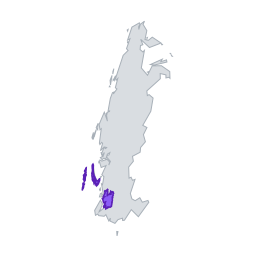 Arkhangel'sk highlighted on a map of Russia, rotated 281°
{"feature_id": "RUS-2354", "entity_name": "Arkhangel'sk", "entity_type": "Region", "adm_level": 1, "iso_a3": "RUS", "parent_name": "Russia", "parent_adm1": "", "projection": "natural_earth1", "projection_center": [52.194, 71.252], "detail": "fine", "context": "in_parent", "style": "filled", "palette": "violet", "viewbox_px": 256, "rotation_deg": 281, "n_neighbors": 0, "source": "natural_earth", "source_scale": "10m", "svg_char_len": 8799}
<svg xmlns="http://www.w3.org/2000/svg" viewBox="0 0 256 256"><g transform="rotate(281 128 128)"><path d="M191.4,158.2L184.8,159.7L185.6,158.5L184.4,155.7L187.4,155.1L187.6,149.2L182.5,150.3L168.0,139.4L163.5,140.8L164.8,142.3L162.2,146.9L148.8,147.2L133.4,142.0L132.1,146.5L124.4,144.4L117.8,147.7L111.3,144.1L106.5,144.5L101.1,137.8L96.4,139.6L89.8,136.1L79.0,138.6L80.3,140.4L77.5,142.4L78.9,144.7L64.2,142.8L59.2,145.3L58.0,148.9L61.8,152.9L57.9,156.2L60.7,161.4L59.0,162.6L42.9,155.1L48.5,146.8L36.8,142.1L36.2,140.4L38.4,139.7L36.2,135.7L31.9,133.4L33.2,128.2L36.2,127.9L33.1,126.9L38.7,122.8L36.8,121.4L36.4,116.0L37.8,114.8L36.1,112.7L40.8,111.0L51.8,114.7L48.6,117.4L43.3,116.6L41.4,115.7L40.1,115.6L46.7,121.2L46.2,118.9L49.8,119.9L53.3,116.7L55.7,117.5L54.9,113.1L58.2,113.4L59.1,114.5L56.8,115.2L58.8,116.2L68.2,112.6L67.5,113.8L75.7,113.6L77.1,111.2L86.9,113.6L84.1,109.2L89.7,106.3L91.3,106.6L90.5,108.6L93.3,113.4L91.1,116.4L87.9,116.2L91.9,117.1L95.2,112.8L96.9,112.6L98.1,114.6L100.4,114.9L98.4,112.7L93.4,112.2L93.8,110.0L92.0,108.6L93.7,106.5L95.3,108.9L98.6,109.4L99.5,109.4L95.5,107.9L98.4,107.1L104.3,108.2L103.5,110.0L104.8,110.8L104.8,108.2L100.5,105.3L108.1,106.0L108.9,104.9L106.4,103.6L107.6,102.8L122.2,101.9L120.9,100.8L126.1,99.0L139.0,101.7L130.8,106.5L136.1,104.6L139.5,104.7L140.5,106.4L140.8,106.7L141.3,106.7L141.0,105.2L153.6,105.0L159.7,106.0L160.8,107.6L158.6,107.1L164.2,109.7L165.1,107.9L174.6,108.5L172.7,107.2L174.1,106.3L198.4,109.4L204.1,113.3L205.6,111.4L216.0,112.9L214.2,110.8L227.8,112.6L233.4,119.1L232.1,119.9L229.3,119.1L226.8,119.8L232.1,120.3L236.0,123.8L232.6,123.0L227.2,127.9L218.1,127.8L217.9,131.2L221.8,134.5L217.7,144.2L211.1,133.7L217.5,123.5L212.6,126.7L211.3,124.5L207.3,124.9L205.5,128.1L207.3,129.3L189.5,129.6L183.5,137.1L193.6,139.9L195.5,148.9L191.4,158.2ZM85.8,100.5L71.6,105.7L68.1,105.0L74.1,101.8L85.8,100.5ZM194.6,137.9L202.1,148.5L199.3,147.5L202.2,152.8L200.2,153.6L194.8,141.8L194.6,137.9ZM65.2,108.1L71.3,105.8L70.0,107.8L72.9,109.8L65.2,108.1ZM166.9,102.6L171.4,101.3L176.6,102.3L166.9,102.6ZM114.3,95.7L120.6,97.2L112.5,96.5L114.3,95.7ZM111.9,94.4L117.1,94.9L110.2,95.3L111.9,94.4ZM122.2,96.7L127.0,97.8L120.5,98.6L122.2,96.7ZM178.0,102.8L180.4,102.4L183.6,102.8L178.0,102.8ZM20.0,137.8L24.3,136.7L24.4,137.9L20.0,137.8ZM62.7,95.1L65.6,94.9L59.9,95.4L62.7,95.1ZM173.4,104.8L177.0,105.8L172.2,105.5L173.4,104.8ZM63.7,112.3L62.0,113.0L61.2,112.5L62.1,111.7L63.7,112.3ZM68.3,94.7L70.9,94.5L72.3,94.8L68.3,94.7ZM77.3,94.7L76.1,95.3L74.1,95.0L74.5,94.7L77.3,94.7ZM79.9,94.8L77.7,94.7L80.9,94.6L79.9,94.8ZM74.7,110.2L75.6,111.4L74.0,110.5L74.7,110.2ZM113.1,95.9L111.3,96.2L109.9,95.8L113.1,95.9ZM69.8,94.1L73.2,93.9L72.0,94.3L69.8,94.1ZM224.8,109.3L223.0,109.2L224.0,108.5L224.8,109.3ZM60.2,94.8L62.3,95.0L58.0,95.0L60.2,94.8ZM89.8,105.9L87.7,106.0L89.8,105.8L89.8,105.9ZM137.9,103.8L139.1,104.5L137.4,104.1L137.9,103.8ZM213.2,111.2L212.1,111.5L211.2,111.2L213.2,111.2ZM73.1,95.4L71.6,95.2L74.1,95.4L73.1,95.4ZM72.7,94.3L73.7,94.7L71.7,94.5L72.7,94.3ZM209.4,154.7L209.3,155.4L208.5,156.5L209.4,154.7ZM70.5,95.4L71.6,95.7L70.1,95.7L70.5,95.4ZM98.2,107.0L96.8,107.3L96.4,107.2L98.2,107.0ZM220.6,129.8L219.3,129.6L220.2,129.2L220.6,129.8ZM172.8,104.2L172.5,104.7L171.9,104.3L172.8,104.2ZM186.6,136.4L187.2,137.4L186.4,137.1L186.6,136.4ZM217.0,144.5L216.6,145.9L216.1,145.5L217.0,144.5ZM68.0,95.5L66.7,95.6L66.2,95.5L68.0,95.5ZM99.0,106.0L98.7,106.5L98.4,106.4L99.0,106.0ZM165.7,102.1L165.0,102.5L164.9,101.8L165.7,102.1ZM206.8,157.5L208.0,156.4L206.8,157.8L206.8,157.5Z" fill="#d9dde1" stroke="#a8b0b8" stroke-width="1"/><path d="M45.5,121.0L46.7,121.3L47.6,120.9L47.3,120.5L47.4,120.3L46.5,120.3L45.7,119.7L45.5,119.4L46.0,119.3L46.1,119.0L48.1,119.5L47.6,119.6L47.6,119.8L48.1,119.5L49.6,120.0L50.1,119.9L49.9,119.9L50.0,119.8L50.4,120.0L50.8,120.0L50.7,119.7L50.9,119.6L49.9,118.6L50.0,118.3L51.3,117.6L52.5,117.2L53.3,116.6L53.8,116.8L53.7,116.9L54.7,116.8L55.2,117.1L54.6,117.4L54.7,117.5L54.9,117.6L54.7,117.4L55.3,117.2L55.8,117.8L55.7,117.2L56.0,116.8L59.6,117.8L60.4,117.8L60.9,117.3L62.0,117.3L62.0,118.8L62.8,118.7L63.4,119.4L63.9,119.6L63.7,120.0L62.8,119.9L61.2,120.5L60.8,120.3L58.8,120.4L57.2,120.6L59.1,121.3L59.3,121.7L59.2,122.0L60.0,122.4L59.4,122.9L59.8,124.0L60.9,123.8L61.1,123.1L62.7,123.0L61.9,124.9L62.5,125.1L62.3,125.8L61.2,126.0L61.1,126.3L59.9,126.0L59.4,126.0L59.1,126.3L58.5,126.0L57.6,126.1L57.5,125.8L57.0,125.7L56.7,126.3L55.2,126.0L54.4,126.5L52.9,126.5L52.3,126.2L51.6,126.3L51.5,126.7L50.7,126.5L49.6,126.7L49.2,126.5L48.5,126.7L48.2,126.4L47.8,126.6L46.8,125.6L46.8,125.0L47.0,124.4L46.8,124.0L46.4,124.0L46.6,123.6L46.6,123.2L45.3,122.9L45.0,122.6L45.2,122.3L44.5,121.6L45.4,121.5L45.5,121.0ZM71.9,103.5L70.5,103.4L71.5,103.1L70.4,102.9L70.8,102.7L71.3,102.9L71.9,102.5L72.8,102.6L72.5,102.3L74.1,101.8L75.8,101.5L75.4,101.5L75.7,101.4L76.4,101.4L75.9,101.5L76.2,101.5L76.7,101.4L76.4,101.3L76.6,101.1L78.3,101.3L80.2,101.1L81.8,100.7L82.4,100.8L82.0,100.5L84.1,100.0L85.2,100.1L85.9,100.5L85.0,101.1L79.6,102.0L77.5,102.5L77.2,102.7L76.3,103.0L75.4,103.1L76.3,103.2L75.7,103.3L75.9,103.4L74.9,103.4L75.4,103.6L75.2,103.7L74.4,103.5L74.7,103.6L74.4,103.6L74.6,103.7L74.5,103.9L73.3,103.7L73.9,103.9L74.0,104.2L73.5,104.3L73.8,104.4L73.4,104.4L73.3,104.6L72.6,104.3L72.3,104.5L73.1,104.7L72.9,104.8L73.1,104.9L72.9,105.0L72.4,104.8L71.4,104.8L72.4,104.9L72.7,105.1L72.4,105.3L71.7,105.1L72.3,105.4L71.7,105.6L71.7,105.8L70.9,105.7L70.7,105.5L69.4,105.5L68.7,105.6L68.4,105.6L69.0,105.2L70.0,105.0L68.7,105.2L67.9,105.0L69.3,104.6L69.1,104.6L69.6,104.3L70.6,104.4L69.6,104.2L70.4,104.1L69.8,104.0L70.0,103.9L71.1,103.8L70.3,103.8L70.2,103.6L71.9,103.5ZM65.2,108.0L65.5,107.6L66.4,107.6L66.5,107.5L66.4,107.3L67.0,107.2L66.8,107.0L67.3,106.8L66.9,106.7L67.4,106.7L66.4,106.6L67.6,106.3L67.3,106.2L67.6,106.1L67.3,106.0L67.5,105.8L68.6,105.7L69.5,105.5L71.3,105.8L71.5,106.0L70.6,106.1L71.4,106.1L70.3,106.2L71.1,106.2L71.1,106.4L70.2,106.5L70.8,106.7L70.3,106.6L70.5,106.7L70.4,106.9L69.9,106.8L70.3,107.0L69.7,107.0L70.2,107.0L70.1,107.3L70.3,107.4L69.9,107.8L70.2,107.9L71.0,108.9L72.9,109.8L72.7,109.7L72.8,109.8L72.7,110.0L71.8,109.8L72.5,110.0L71.2,109.8L71.7,110.0L70.2,109.7L70.3,109.9L69.9,110.0L69.1,109.6L69.4,109.9L67.8,109.6L67.5,109.5L68.0,109.6L67.8,109.2L68.7,109.1L67.7,108.9L68.3,108.6L67.7,108.8L67.5,108.6L67.0,108.7L66.7,108.6L66.6,108.3L66.4,108.6L66.3,108.4L66.1,108.5L66.3,108.6L65.7,108.6L65.4,108.4L65.2,108.0ZM65.6,94.8L64.8,95.1L63.4,95.2L63.5,95.3L62.4,95.3L62.2,95.4L62.7,95.6L62.1,95.5L61.9,95.7L61.0,95.7L61.6,95.5L60.5,95.6L59.9,95.4L61.6,95.4L61.0,95.3L61.7,95.2L60.8,95.2L62.8,95.1L63.4,94.9L62.6,94.8L64.0,94.6L63.7,94.7L64.7,94.6L64.9,94.7L64.0,94.8L65.6,94.8ZM77.3,94.7L77.2,95.0L76.1,95.3L74.5,95.2L74.0,95.1L74.0,94.9L74.5,94.7L77.3,94.7ZM77.6,94.7L79.3,94.5L79.6,94.3L80.0,94.2L80.6,94.3L80.9,94.6L78.4,94.9L77.6,94.7ZM60.9,95.0L59.3,95.2L58.0,95.0L61.0,94.7L62.3,94.9L61.2,94.8L60.7,94.9L60.9,95.0ZM72.2,95.6L71.5,95.2L74.1,95.4L73.1,95.4L72.8,95.5L73.1,95.6L72.2,95.6ZM69.7,94.5L68.6,94.5L68.9,94.3L70.4,94.4L72.3,94.8L71.6,94.9L71.2,94.7L69.7,94.5ZM70.1,95.7L70.6,95.3L71.6,95.3L71.7,95.5L70.1,95.7ZM70.0,94.2L69.8,94.1L71.0,94.2L70.7,94.0L71.2,94.0L72.5,94.1L70.0,94.2ZM68.0,95.5L66.2,95.4L67.2,95.3L68.0,95.5ZM74.9,94.5L75.5,94.4L76.7,94.3L75.9,94.6L74.9,94.5ZM71.9,94.6L71.4,94.5L70.5,94.4L72.9,94.6L71.9,94.6ZM73.2,94.0L71.2,93.9L72.3,93.8L73.2,94.0ZM70.4,94.7L69.2,94.9L68.2,94.7L70.4,94.7ZM67.5,109.0L67.2,109.4L66.2,108.8L66.8,108.7L67.5,109.0ZM74.1,93.4L72.4,93.6L72.7,93.4L74.1,93.4ZM70.8,95.0L69.8,94.9L71.5,94.9L70.8,95.0ZM74.9,95.8L73.6,95.8L74.4,95.7L74.9,95.8ZM78.6,93.7L77.1,93.6L78.9,93.6L78.6,93.7ZM73.2,94.8L72.4,94.7L73.8,94.7L73.2,94.8ZM64.8,95.7L65.4,95.9L63.8,95.9L64.8,95.7ZM73.3,94.4L73.0,94.6L72.4,94.4L72.7,94.3L73.3,94.4ZM64.1,95.6L63.6,95.7L63.2,95.6L64.1,95.6ZM68.0,95.2L68.7,95.2L68.0,95.2ZM73.8,94.1L73.1,94.1L74.1,94.1L73.8,94.1ZM71.5,94.3L72.5,94.2L71.5,94.3ZM64.3,94.4L64.1,94.4L64.8,94.3L64.2,94.5L64.3,94.4ZM50.7,119.9L50.4,119.9L50.2,119.8L49.9,119.8L50.4,119.7L50.6,119.8L50.7,119.9ZM69.9,95.4L69.6,95.5L69.2,95.5L69.6,95.4L69.9,95.4ZM68.9,95.2L69.1,95.3L68.6,95.3L68.9,95.2ZM68.7,95.4L68.4,95.6L68.3,95.4L68.7,95.4ZM50.7,119.8L50.2,119.6L50.6,119.6L50.7,119.8ZM75.4,94.1L74.6,94.1L74.8,94.1L75.4,94.1ZM69.3,95.2L68.9,95.1L69.4,95.2L69.3,95.2ZM73.4,95.8L73.7,96.0L73.0,95.9L73.4,95.8ZM76.6,93.7L77.1,93.7L77.2,93.8L76.6,93.7ZM53.7,116.2L53.9,116.4L53.6,116.3L53.7,116.2ZM73.8,94.2L74.5,94.3L73.7,94.2L73.8,94.2ZM73.1,93.7L72.9,93.7L73.3,93.7L73.1,93.7ZM73.9,101.7L74.5,101.6L73.8,101.7L73.9,101.7ZM72.0,110.0L72.4,110.1L72.2,110.1L72.0,110.0ZM69.3,95.3L69.6,95.2L69.6,95.3L69.3,95.3ZM75.0,95.6L74.8,95.6L75.0,95.6ZM67.5,108.8L67.4,108.8L67.5,108.8Z" fill="#8b5cf6" stroke="#5b21b6" stroke-width="1.5"/></g></svg>